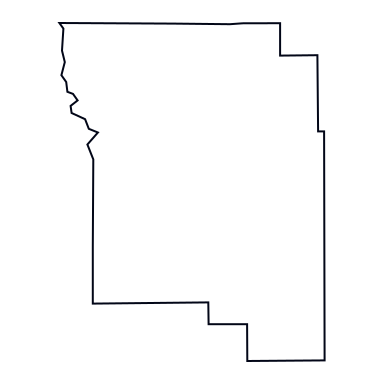 outline of Wheeler, Oregon, United States of America
{"feature_id": "52423323B81574348817756", "entity_name": "Wheeler", "entity_type": "district", "adm_level": 2, "iso_a3": "USA", "parent_name": "United States of America", "parent_adm1": "Oregon", "projection": "albers", "projection_center": [-120.177, 44.687], "detail": "fine", "context": "isolated", "style": "outline", "palette": "ink", "viewbox_px": 384, "rotation_deg": 0, "n_neighbors": 0, "source": "geoboundaries", "source_scale": "gbopen_adm2", "svg_char_len": 478}
<svg xmlns="http://www.w3.org/2000/svg" viewBox="0 0 384 384"><path d="M317.4,55.2L280.1,55.6L280.1,23.2L242.6,23.3L230.0,24.2L173.2,23.6L59.4,23.0L63.4,28.6L62.0,50.6L64.8,62.1L61.4,75.2L66.2,82.0L67.4,91.8L73.0,93.9L77.6,100.4L70.6,105.9L71.6,113.0L85.1,119.2L88.8,128.8L97.9,132.5L87.4,144.5L93.3,159.4L92.8,246.8L92.8,303.6L208.3,302.4L208.6,324.2L247.1,324.2L247.3,361.0L324.6,360.4L324.1,131.4L318.1,131.4L317.4,55.2Z" fill="none" stroke="#020617" stroke-width="2"/></svg>